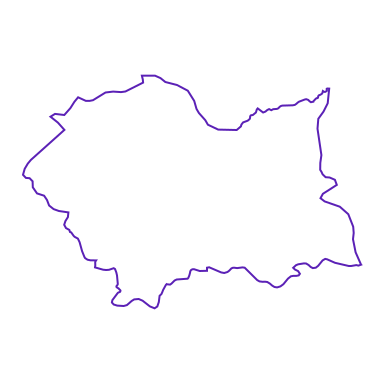 outline of Lesser Poland
{"feature_id": "POL-3170", "entity_name": "Lesser Poland", "entity_type": "Voivodeship", "adm_level": 1, "iso_a3": "POL", "parent_name": "Poland", "parent_adm1": "", "projection": "robinson", "projection_center": [20.414, 49.829], "detail": "fine", "context": "isolated", "style": "outline", "palette": "violet", "viewbox_px": 384, "rotation_deg": 0, "n_neighbors": 0, "source": "natural_earth", "source_scale": "10m", "svg_char_len": 3071}
<svg xmlns="http://www.w3.org/2000/svg" viewBox="0 0 384 384"><path d="M106.1,270.0L103.1,269.7L95.0,267.4L95.3,265.3L95.2,262.5L95.4,261.5L96.1,260.4L90.4,260.3L87.5,259.7L85.1,258.1L84.4,256.9L82.1,251.2L79.6,242.2L77.9,238.6L74.6,236.8L73.6,235.8L71.2,232.4L70.0,232.0L69.3,229.9L66.0,228.1L64.2,224.8L65.4,221.1L67.9,217.1L68.4,212.4L58.9,211.0L53.6,209.1L49.1,205.5L47.0,200.0L44.1,195.7L37.0,193.4L32.8,187.3L32.6,181.3L29.6,178.2L25.9,177.9L23.0,174.8L24.7,168.8L27.8,163.6L30.9,159.9L64.4,129.9L57.9,122.6L50.5,116.7L55.0,113.9L64.3,115.0L70.4,108.1L74.4,101.8L78.1,97.3L85.9,100.9L89.5,100.9L93.0,100.2L105.5,92.5L113.1,91.6L121.0,92.1L125.4,91.5L143.1,82.6L142.8,79.5L141.9,75.7L155.1,75.7L160.5,78.1L165.3,82.0L177.0,85.0L187.8,90.7L194.2,100.9L196.5,108.9L198.9,113.0L205.3,120.2L207.9,124.7L218.2,129.6L236.7,130.0L240.9,126.4L241.4,124.6L243.1,122.4L247.7,120.7L249.6,119.1L250.0,118.2L250.2,116.3L250.7,115.5L251.2,115.2L252.5,115.1L253.0,114.9L255.9,112.5L256.8,109.5L257.7,108.4L263.1,112.5L265.4,111.6L267.3,110.0L269.1,109.1L271.3,110.2L273.2,109.2L277.0,108.9L278.3,108.3L279.7,106.8L280.9,106.0L282.3,105.6L292.7,105.3L294.8,104.9L296.4,103.8L297.7,102.6L299.0,101.7L304.8,99.5L306.2,99.2L308.2,99.9L309.5,101.2L310.9,102.2L313.3,101.7L313.3,101.4L315.8,98.7L316.8,98.1L317.5,98.1L318.0,97.7L318.2,96.2L318.9,95.3L320.5,94.7L322.2,93.5L322.9,91.0L324.2,91.9L325.2,91.9L326.7,91.0L326.9,90.4L326.7,89.6L326.7,88.8L327.2,88.5L329.2,88.6L327.7,103.3L323.5,111.6L318.3,118.8L317.5,128.7L321.4,155.1L320.3,162.9L320.2,169.8L321.5,171.9L322.6,174.3L325.6,177.2L329.6,177.5L334.9,179.8L336.8,184.9L322.9,193.8L320.5,198.2L324.6,201.4L339.8,206.7L348.3,214.2L353.2,226.7L353.7,233.0L353.0,239.2L355.6,252.3L360.8,264.1L360.9,264.6L361.0,264.7L358.4,265.6L356.3,265.1L351.1,266.0L348.8,266.0L335.0,262.8L327.1,259.3L325.2,258.9L322.6,260.4L318.2,265.8L315.8,267.7L312.8,268.1L310.6,266.9L308.6,265.0L306.1,263.5L303.9,263.4L298.2,264.3L296.0,265.2L293.2,267.8L294.9,269.5L298.1,271.1L299.9,273.8L298.7,275.4L296.1,275.9L293.1,275.9L290.9,276.3L288.0,278.6L283.4,284.2L280.4,286.4L277.1,287.4L274.5,287.0L272.2,285.6L269.9,283.6L267.3,282.0L265.0,281.7L262.6,281.8L259.5,281.4L257.2,280.1L244.7,267.7L242.5,267.4L237.2,268.1L234.1,267.7L232.8,267.8L231.4,268.4L229.2,270.7L227.5,272.0L224.2,273.0L221.1,272.4L209.2,267.3L207.0,267.7L207.0,270.8L199.7,271.0L194.0,269.2L192.3,269.3L190.9,270.2L190.3,271.3L190.0,272.9L189.3,275.5L188.3,277.9L187.6,278.7L176.7,279.5L174.6,280.5L171.5,283.6L170.1,284.6L167.0,284.3L166.7,284.1L165.9,284.9L163.1,290.0L162.3,292.1L161.4,294.1L159.6,295.8L158.8,302.1L157.3,306.5L154.6,308.3L149.9,306.4L142.6,300.7L138.7,299.0L134.2,299.4L131.6,301.0L128.9,303.4L126.9,305.1L123.7,306.0L117.2,305.6L113.7,304.5L111.9,302.5L111.9,302.4L112.4,300.1L117.8,292.9L118.4,292.5L119.3,292.2L120.1,291.8L120.5,290.8L120.2,290.1L119.1,289.1L118.8,288.6L116.9,287.4L116.4,286.8L116.5,286.1L117.6,284.7L117.8,284.0L117.0,275.4L116.3,272.4L115.0,269.0L113.7,268.2L109.0,269.8L106.1,270.0Z" fill="none" stroke="#5b21b6" stroke-width="2"/></svg>